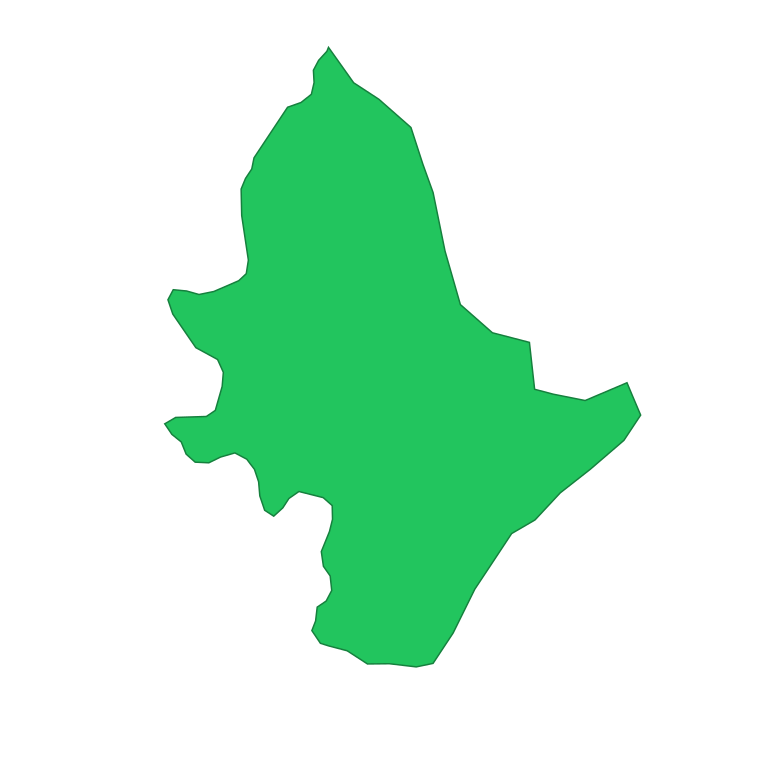 Unpha, Hwanghae-bukto, North Korea (Robinson projection), rotated 33°
{"feature_id": "82179303B22390657322605", "entity_name": "Unpha", "entity_type": "district", "adm_level": 2, "iso_a3": "PRK", "parent_name": "North Korea", "parent_adm1": "Hwanghae-bukto", "projection": "robinson", "projection_center": [125.8, 38.378], "detail": "fine", "context": "isolated", "style": "filled", "palette": "green", "viewbox_px": 768, "rotation_deg": 33, "n_neighbors": 0, "source": "geoboundaries", "source_scale": "gbopen_adm2", "svg_char_len": 1262}
<svg xmlns="http://www.w3.org/2000/svg" viewBox="0 0 768 768"><g transform="rotate(33 384 384)"><path d="M315.3,523.8L321.8,526.1L332.1,534.3L340.8,545.5L352.7,554.9L363.5,554.9L366.6,543.0L366.6,531.8L371.2,520.5L394.9,512.4L406.8,514.2L414.5,525.5L418.6,537.4L422.7,558.7L432.5,569.9L443.4,574.3L452.6,585.6L453.7,597.5L449.5,607.5L455.7,620.0L457.8,630.1L471.9,636.1L480.2,633.8L498.4,627.8L522.6,627.8L540.8,615.7L565.1,603.7L577.3,591.6L577.6,555.2L571.9,506.6L572.2,476.3L572.5,439.9L584.7,415.7L591.1,379.3L603.5,343.0L615.9,300.6L616.2,270.3L598.1,258.1L587.1,250.6L561.7,288.3L531.4,300.4L513.2,306.4L483.3,269.9L447.0,282.0L404.8,275.8L362.8,239.3L320.9,196.7L296.9,178.5L266.9,154.2L224.7,148.0L194.5,147.9L172.3,139.1L154.1,131.9L154.9,136.1L152.9,148.1L153.9,159.3L161.2,169.3L165.3,180.6L161.1,193.1L152.4,204.4L151.8,265.1L156.0,275.7L155.9,287.0L158.0,298.3L172.9,320.2L202.8,354.0L208.4,366.5L205.9,376.5L190.9,399.1L180.1,409.7L167.8,413.5L155.9,419.7L156.9,431.0L168.8,440.4L206.4,456.0L231.1,454.1L242.9,461.7L249.6,474.2L256.9,498.0L252.7,508.0L227.5,525.5L221.8,536.8L233.6,541.8L245.5,543.0L256.3,550.6L268.2,552.4L280.0,545.5L286.7,534.3L296.5,523.0L309.9,521.8L315.3,523.8Z" fill="#22c55e" stroke="#15803d" stroke-width="1.5"/></g></svg>